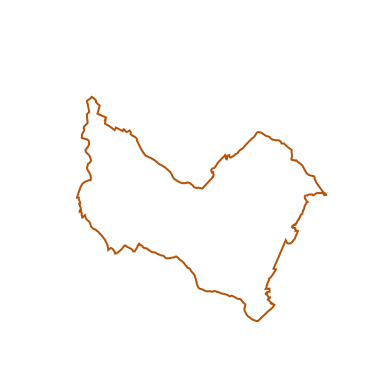 Darmanesti, Arges, Romania, rotated 135°
{"feature_id": "2599482B43149351667502", "entity_name": "Darmanesti", "entity_type": "district", "adm_level": 2, "iso_a3": "ROU", "parent_name": "Romania", "parent_adm1": "Arges", "projection": "equal_earth", "projection_center": [24.892, 44.998], "detail": "fine", "context": "isolated", "style": "outline", "palette": "amber", "viewbox_px": 384, "rotation_deg": 135, "n_neighbors": 0, "source": "geoboundaries", "source_scale": "gbopen_adm2", "svg_char_len": 5939}
<svg xmlns="http://www.w3.org/2000/svg" viewBox="0 0 384 384"><g transform="rotate(135 192 192)"><path d="M286.7,233.8L286.9,232.1L286.4,230.5L286.7,227.1L286.6,225.9L286.7,224.2L287.1,222.0L287.1,220.8L287.6,219.1L289.3,214.3L291.0,211.6L292.2,210.2L289.0,209.9L288.4,208.0L288.8,205.1L289.9,202.6L286.9,201.6L281.3,201.3L280.0,201.7L279.0,201.8L277.1,201.7L276.4,198.4L275.2,194.8L275.1,193.9L275.1,193.0L275.6,191.8L274.7,190.5L269.5,191.7L268.7,192.3L265.9,192.9L265.8,192.5L266.3,191.1L265.5,189.9L265.3,189.4L265.6,188.3L265.7,187.6L265.4,187.0L265.5,186.4L265.1,185.9L264.8,185.2L263.9,184.4L264.0,183.8L263.7,183.0L263.7,182.0L263.3,180.6L263.0,178.5L262.8,177.8L262.4,177.1L261.8,176.7L261.4,176.0L260.7,175.1L260.2,172.4L259.6,171.4L259.2,170.5L259.1,169.8L257.5,167.5L257.3,167.0L257.2,166.1L257.4,164.8L256.6,162.8L255.7,161.8L252.6,159.8L250.9,158.4L249.3,158.0L248.8,157.6L248.6,157.0L248.4,155.8L248.3,154.0L248.6,153.1L248.4,152.3L248.4,151.5L248.1,150.7L247.9,148.2L248.0,146.5L248.3,146.0L248.4,144.9L248.3,143.6L248.4,142.9L248.7,142.2L248.6,141.1L248.0,140.4L247.8,139.1L248.3,137.6L248.7,134.9L248.7,133.3L248.9,132.2L249.0,131.3L250.0,129.7L250.4,128.5L252.3,125.5L252.7,124.6L253.5,123.8L254.3,122.0L254.9,120.5L255.1,118.6L253.8,116.3L253.1,114.2L252.0,111.6L251.2,110.7L249.7,109.2L249.2,109.0L248.8,107.9L247.7,106.8L246.2,106.3L245.2,104.3L245.0,103.5L244.3,102.7L243.9,102.1L243.1,99.7L241.7,97.7L239.9,94.7L239.5,93.4L239.3,91.9L239.1,91.6L237.3,90.7L236.0,87.2L235.4,84.6L233.4,81.8L233.6,80.7L233.7,79.4L234.0,77.4L233.7,74.8L238.1,71.9L238.6,71.2L239.9,67.2L240.3,65.2L239.6,60.0L239.0,58.0L237.4,54.8L236.5,54.1L223.2,53.9L216.9,53.3L213.5,54.0L214.0,55.3L213.9,56.1L214.2,56.3L214.5,56.3L214.7,56.5L215.0,57.2L214.3,57.2L214.3,61.0L214.4,62.3L212.4,62.0L211.8,62.0L211.5,62.2L211.4,62.4L213.2,62.7L212.6,62.9L212.3,63.1L212.0,65.0L211.5,66.1L211.6,66.6L211.6,67.1L212.1,67.4L212.1,67.6L211.5,68.1L210.3,67.2L209.6,68.0L207.6,66.6L205.6,68.9L207.1,70.1L208.3,71.4L206.6,71.7L206.1,72.5L205.7,72.8L204.5,73.2L203.5,74.0L201.9,74.5L201.5,74.7L199.5,75.5L198.7,76.3L196.6,76.0L194.1,76.4L189.6,77.3L187.3,78.0L188.3,79.6L188.2,79.6L188.5,80.2L177.1,84.6L170.3,87.4L159.8,91.6L160.8,88.8L160.5,87.6L158.8,86.2L157.4,85.7L155.9,85.8L154.7,86.1L153.0,86.1L144.7,89.4L145.1,89.9L145.5,90.6L145.8,91.0L146.3,91.3L145.2,92.0L145.4,92.7L145.2,92.8L144.7,93.6L144.9,94.2L145.7,94.9L146.2,95.6L146.2,95.8L145.5,95.9L145.4,96.8L143.7,96.9L143.4,96.4L143.2,96.3L142.9,96.0L142.5,96.3L142.0,95.9L141.8,96.3L141.3,96.0L140.9,96.2L140.7,96.0L140.4,96.0L139.7,96.2L138.6,96.7L138.1,96.9L137.6,96.9L137.1,97.1L135.8,97.5L135.6,97.1L131.6,98.7L130.7,98.9L130.2,98.6L129.6,98.6L125.9,100.7L125.5,100.7L125.2,100.5L124.1,101.1L122.5,102.3L120.6,102.9L119.6,103.0L119.0,103.4L118.6,103.5L118.0,103.4L117.4,103.2L117.4,104.3L117.0,105.5L117.0,106.2L116.8,107.2L116.2,108.3L115.8,108.9L115.1,109.3L114.3,109.2L113.6,108.7L112.8,107.9L112.0,107.9L111.3,107.7L110.3,106.9L109.8,106.2L109.2,105.7L108.8,105.3L108.9,104.7L108.8,104.1L108.4,103.7L108.0,103.6L107.4,103.7L105.5,103.3L104.6,103.0L104.3,102.6L104.0,102.5L103.6,102.2L103.3,101.7L102.4,100.9L101.5,100.0L100.8,99.5L100.5,99.0L100.3,98.3L100.3,97.6L100.4,97.0L100.7,96.3L99.1,95.2L98.9,95.9L99.3,99.5L97.5,110.6L95.9,114.8L94.8,115.8L94.6,116.8L97.3,121.2L97.7,124.2L97.1,126.5L95.3,132.4L95.3,135.0L95.9,138.7L96.0,140.9L96.9,141.1L97.2,142.0L97.6,142.4L97.8,142.8L97.7,142.9L98.1,143.4L98.1,143.7L98.5,144.0L98.8,144.3L98.1,145.3L95.9,146.6L95.0,147.7L93.9,149.2L91.8,151.4L91.8,151.5L92.0,152.5L92.5,156.1L92.7,161.3L94.4,163.0L93.7,164.8L93.8,166.4L94.4,167.6L95.8,168.9L98.1,172.3L98.4,174.8L98.2,176.0L99.6,178.7L100.2,180.1L100.9,184.4L101.5,185.8L102.8,187.6L104.1,188.1L108.9,187.1L109.8,187.1L111.5,187.4L119.0,187.4L122.0,187.3L125.2,186.9L127.3,187.5L129.2,187.7L130.4,187.6L132.3,187.2L133.8,187.8L134.6,188.0L135.7,187.9L138.3,188.4L140.5,189.1L140.4,190.4L140.1,191.4L139.7,191.7L139.6,191.8L140.6,192.4L140.8,192.4L141.6,192.2L142.0,192.0L142.7,191.3L143.3,191.2L143.7,190.8L143.9,190.8L144.4,190.5L144.5,190.6L144.4,191.4L143.6,192.9L142.3,194.3L142.3,194.7L143.1,194.5L151.5,194.5L152.8,194.4L158.7,193.1L159.8,193.4L160.4,193.9L161.4,194.3L162.1,194.2L163.1,193.8L163.4,193.2L163.6,192.6L164.1,191.7L163.5,191.6L163.1,191.4L163.0,191.1L163.0,190.9L164.8,188.6L165.5,188.2L166.6,188.2L166.7,187.7L182.4,187.2L184.4,190.6L185.7,191.4L186.4,192.3L187.2,194.1L186.8,195.9L187.2,199.9L188.4,202.1L189.5,202.3L190.7,203.1L192.7,205.1L194.1,208.3L195.3,213.5L195.1,215.7L194.1,218.1L193.2,221.9L193.7,228.5L194.6,232.3L195.5,234.9L195.9,240.6L197.1,245.2L198.5,248.7L199.1,250.7L198.5,254.8L197.4,259.0L194.6,267.2L193.4,268.8L193.2,269.7L193.6,272.3L194.5,274.7L194.4,276.5L193.2,277.3L192.7,279.7L193.7,279.9L195.4,280.4L195.9,280.8L196.0,281.1L196.0,282.9L195.8,283.6L195.6,284.0L196.1,284.8L198.0,284.0L200.2,291.3L203.0,290.4L203.8,296.7L205.2,301.7L203.5,303.2L202.1,304.2L202.5,304.5L200.1,305.6L202.7,311.7L202.4,311.8L203.5,314.2L196.3,318.2L196.3,320.2L196.4,321.3L196.2,323.5L195.3,324.4L195.2,325.7L195.2,328.0L195.4,328.8L195.7,330.3L197.7,330.0L202.1,330.7L203.8,327.6L208.1,321.2L211.4,321.3L217.0,314.6L222.4,314.6L225.0,311.7L229.2,310.5L231.7,308.1L228.9,303.2L228.9,301.2L229.5,300.0L231.1,298.5L233.1,297.6L237.6,297.1L238.8,295.3L238.8,291.1L239.2,289.1L241.2,285.5L243.7,285.0L245.6,285.4L249.1,283.4L250.4,281.2L250.8,278.7L252.1,275.4L253.7,273.2L255.4,272.1L256.5,273.2L259.6,274.5L260.7,274.9L263.3,275.3L265.0,275.0L268.0,274.0L277.3,269.4L276.1,268.1L276.6,268.0L279.0,262.9L280.2,263.4L281.6,260.0L282.0,259.5L282.7,258.4L283.0,258.5L284.3,258.2L285.3,257.8L285.5,257.4L284.0,256.7L284.7,255.8L285.3,254.5L286.4,253.8L286.7,252.7L287.6,251.5L286.7,251.3L284.1,251.3L285.3,249.0L285.8,247.6L285.9,245.6L285.6,243.7L286.1,242.0L287.7,239.2L287.9,235.8L287.3,234.5L286.7,233.8Z" fill="none" stroke="#b45309" stroke-width="2"/></g></svg>